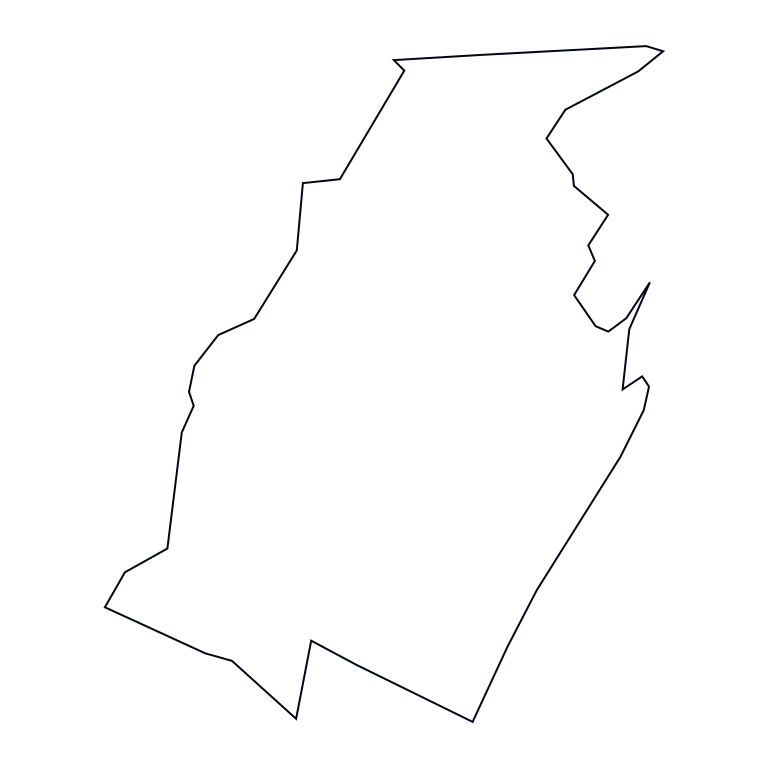 Blair, Pennsylvania, United States of America
{"feature_id": "52423323B298990066873", "entity_name": "Blair", "entity_type": "district", "adm_level": 2, "iso_a3": "USA", "parent_name": "United States of America", "parent_adm1": "Pennsylvania", "projection": "robinson", "projection_center": [-78.312, 40.493], "detail": "fine", "context": "isolated", "style": "outline", "palette": "ink", "viewbox_px": 768, "rotation_deg": 0, "n_neighbors": 0, "source": "geoboundaries", "source_scale": "gbopen_adm2", "svg_char_len": 661}
<svg xmlns="http://www.w3.org/2000/svg" viewBox="0 0 768 768"><path d="M507.5,646.7L536.8,590.1L620.4,456.9L643.8,410.1L649.0,386.6L642.2,376.4L622.6,389.4L629.3,329.1L649.9,282.3L626.3,318.2L608.3,331.6L595.6,326.2L574.1,295.1L594.9,260.9L588.3,245.4L608.1,214.8L573.9,185.9L572.7,174.2L546.5,138.5L565.4,109.7L638.2,71.4L663.1,51.3L646.2,46.1L479.2,55.0L393.8,60.1L404.3,70.6L339.9,179.2L302.9,183.1L296.8,250.4L254.2,318.9L218.2,335.1L194.4,365.7L189.0,391.9L193.7,405.8L181.8,432.4L167.4,548.5L124.9,572.3L104.9,607.3L205.4,653.4L232.0,660.9L296.1,718.8L311.2,640.7L356.9,665.1L472.6,721.9L507.5,646.7Z" fill="none" stroke="#020617" stroke-width="2"/></svg>